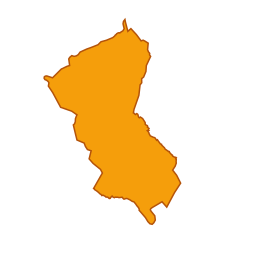 the district of San, Ségou, Mali, rotated 330°
{"feature_id": "8926073B15709511390037", "entity_name": "San", "entity_type": "district", "adm_level": 2, "iso_a3": "MLI", "parent_name": "Mali", "parent_adm1": "Ségou", "projection": "robinson", "projection_center": [-4.933, 13.109], "detail": "fine", "context": "isolated", "style": "filled", "palette": "amber", "viewbox_px": 256, "rotation_deg": 330, "n_neighbors": 0, "source": "geoboundaries", "source_scale": "gbopen_adm2", "svg_char_len": 2408}
<svg xmlns="http://www.w3.org/2000/svg" viewBox="0 0 256 256"><g transform="rotate(330 128 128)"><path d="M131.8,39.0L124.5,38.3L121.6,39.6L119.3,39.7L117.1,39.0L115.5,37.2L112.8,37.7L111.2,38.6L108.7,44.7L106.1,44.1L99.7,43.6L87.8,46.8L83.7,42.3L82.3,41.7L81.0,41.9L80.2,43.1L80.3,44.6L81.4,46.0L82.1,47.9L82.1,49.3L80.0,51.9L80.5,59.7L80.0,76.4L87.7,85.3L90.4,91.1L89.8,91.5L89.6,91.6L87.1,93.7L85.5,96.2L83.7,97.7L82.5,97.9L82.2,98.0L79.3,107.7L77.8,112.9L82.5,119.1L81.9,122.7L82.1,126.4L84.7,129.3L78.9,135.3L80.1,141.3L83.5,150.1L83.3,154.2L68.1,163.1L68.5,163.5L68.2,163.9L68.3,164.7L69.3,166.6L70.1,168.6L70.9,171.3L71.4,172.0L71.6,173.5L72.7,173.6L74.1,175.8L74.3,176.7L75.9,177.8L76.5,179.7L77.2,180.0L77.4,180.0L77.7,179.9L78.1,179.4L79.0,179.4L79.7,179.1L80.2,179.0L80.4,180.2L81.3,181.5L82.4,181.5L83.2,182.1L84.5,182.8L85.4,183.8L88.3,185.0L88.7,187.3L89.2,187.7L91.2,188.1L92.2,188.9L93.8,191.3L95.0,193.7L96.2,194.9L96.7,197.9L96.8,199.9L96.9,200.2L97.2,202.0L97.2,203.8L96.5,204.8L97.5,209.9L98.3,214.4L98.4,219.0L99.1,221.9L100.8,223.5L102.9,223.0L105.6,221.4L107.3,217.4L106.4,211.8L106.4,210.0L107.4,209.2L109.4,209.0L120.6,208.9L122.0,215.9L136.0,207.2L146.0,202.1L146.5,193.3L145.6,186.8L149.7,184.7L152.2,182.6L152.9,181.1L154.1,179.3L153.9,178.6L155.0,178.0L154.7,177.2L154.1,177.1L152.7,174.9L152.9,173.6L152.4,173.1L152.1,171.1L151.6,169.7L152.0,169.1L151.7,168.6L151.1,168.1L150.5,166.7L149.6,164.8L149.7,163.5L148.8,160.3L148.6,159.7L148.9,158.9L148.1,158.0L147.7,154.5L147.6,152.9L146.7,153.0L146.4,149.8L145.3,148.7L143.4,146.0L143.4,143.6L143.8,142.0L143.4,140.0L144.8,140.4L144.6,139.7L146.0,138.9L145.2,137.0L145.9,136.4L145.9,135.6L145.4,134.8L144.9,134.0L144.8,133.4L145.0,133.0L145.6,131.8L145.4,127.1L144.2,124.7L142.9,124.8L142.8,124.4L142.6,124.0L143.3,121.1L142.8,119.9L141.1,120.0L140.6,118.2L140.2,117.6L142.5,114.9L153.6,105.3L154.1,104.7L160.0,96.7L162.5,95.7L164.5,92.1L167.0,91.7L171.8,88.0L175.1,83.1L183.4,77.3L183.2,75.4L184.1,74.2L183.8,72.3L184.1,70.0L187.9,64.6L186.1,61.2L185.0,59.5L182.9,59.1L182.0,51.4L180.2,43.4L176.2,44.2L178.7,35.1L179.6,32.5L177.4,33.4L175.8,35.3L175.0,37.8L174.4,40.0L172.2,41.3L169.3,41.4L168.4,41.6L168.0,41.1L167.1,40.7L166.2,40.7L165.3,40.7L164.5,41.1L164.2,41.2L163.6,41.1L162.4,41.7L160.0,42.1L153.1,41.2L147.7,39.8L143.7,40.9L138.1,40.1L135.0,39.6L131.8,39.0Z" fill="#f59e0b" stroke="#b45309" stroke-width="1.5"/></g></svg>